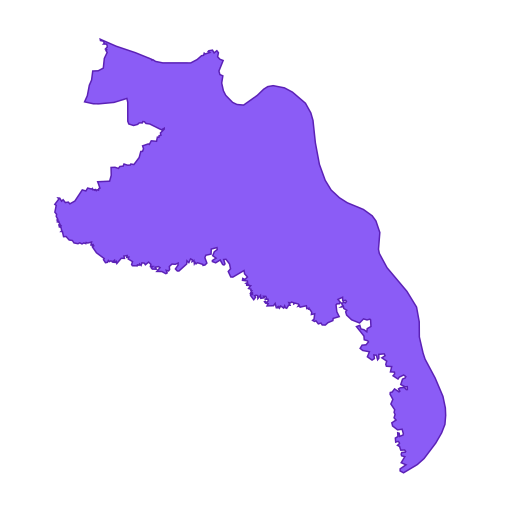 outline of Mueang Nong Khai, Nong Khai, Thailand, rotated 96°
{"feature_id": "78962969B49336844859905", "entity_name": "Mueang Nong Khai", "entity_type": "district", "adm_level": 2, "iso_a3": "THA", "parent_name": "Thailand", "parent_adm1": "Nong Khai", "projection": "robinson", "projection_center": [102.827, 17.845], "detail": "fine", "context": "isolated", "style": "filled", "palette": "violet", "viewbox_px": 512, "rotation_deg": 96, "n_neighbors": 0, "source": "geoboundaries", "source_scale": "gbopen_adm2", "svg_char_len": 6060}
<svg xmlns="http://www.w3.org/2000/svg" viewBox="0 0 512 512"><g transform="rotate(96 256 256)"><path d="M456.2,86.6L446.5,73.7L439.9,67.7L423.3,57.7L412.5,52.9L403.7,50.5L394.7,50.7L387.3,51.8L376.1,55.4L358.6,65.1L340.9,77.1L335.1,79.7L319.4,85.1L304.3,86.8L290.0,91.0L275.4,102.2L253.9,124.5L240.6,133.6L236.5,134.9L219.7,135.3L208.6,140.4L203.9,144.6L198.5,154.0L193.5,170.8L189.3,179.2L182.5,188.2L173.5,195.1L158.3,202.5L137.2,208.8L115.2,213.5L108.0,216.4L98.9,222.8L89.2,236.9L85.8,245.3L84.8,256.7L86.3,262.0L89.3,265.8L96.1,271.5L107.2,284.1L107.3,290.8L105.7,295.3L99.4,302.9L95.1,305.7L87.6,308.2L80.3,307.8L79.3,310.9L75.9,312.2L65.0,309.1L64.1,312.5L61.9,315.0L57.8,314.6L55.9,316.4L58.4,318.9L55.8,320.8L56.8,324.4L57.7,325.0L58.5,323.3L60.4,327.7L59.7,328.7L61.9,329.1L62.5,331.1L66.8,335.1L70.8,341.1L73.7,368.8L73.0,376.2L71.5,379.2L72.1,379.9L71.2,380.6L66.4,397.2L62.0,416.9L56.7,433.6L58.0,433.2L58.3,430.2L60.2,429.1L61.1,429.8L60.9,426.7L62.4,426.0L63.8,425.8L65.9,427.4L66.6,426.0L67.4,426.7L69.1,425.3L75.3,427.5L85.1,427.5L88.3,432.3L89.1,437.7L98.2,437.9L103.5,439.6L114.2,440.5L120.6,442.6L121.6,433.7L121.1,428.2L118.1,413.3L112.8,400.9L116.6,399.6L135.4,397.6L138.0,396.3L139.0,391.4L137.5,387.5L135.8,386.0L135.5,383.0L134.1,382.6L134.1,381.0L135.7,379.3L135.8,375.5L140.4,363.2L138.5,360.6L139.4,360.5L143.6,363.9L145.9,363.2L146.4,364.9L148.1,365.0L148.1,366.5L152.3,366.9L152.4,372.2L156.2,373.8L155.8,374.9L158.3,380.3L161.1,379.1L163.8,379.8L164.1,381.5L170.3,382.5L177.8,387.0L177.6,390.1L178.8,390.7L179.1,393.4L178.3,396.9L180.5,397.5L181.2,400.7L183.3,402.0L182.5,405.5L183.1,409.4L190.9,408.4L196.9,409.4L198.7,421.2L204.8,418.3L205.3,419.3L207.0,419.5L206.7,420.8L207.7,421.7L206.7,422.4L207.9,423.7L206.9,423.3L207.2,425.2L205.9,425.7L206.6,426.7L206.0,430.5L209.1,432.0L208.4,435.7L220.3,441.9L223.6,446.6L222.0,448.3L222.8,451.2L220.2,453.7L221.8,455.1L219.0,457.2L219.0,458.9L219.9,458.0L225.7,461.5L226.5,460.0L233.5,460.6L235.3,458.7L237.5,458.8L240.2,456.9L241.0,457.7L242.0,456.0L242.8,457.0L243.2,455.4L244.8,454.4L245.5,455.3L246.7,455.0L246.8,453.8L245.8,453.6L246.4,452.9L247.7,454.2L248.1,452.9L251.3,451.8L252.0,452.4L251.9,451.1L256.9,449.4L256.5,446.9L259.6,443.5L259.8,440.2L262.0,438.4L262.4,434.3L261.3,432.7L262.2,430.3L261.0,428.6L261.5,426.5L260.3,426.3L260.7,424.7L259.3,421.0L262.2,421.3L261.4,418.6L262.5,420.2L263.0,418.6L264.0,419.7L269.5,415.0L274.4,406.7L275.6,407.3L278.4,405.0L277.8,403.0L275.9,402.4L276.9,401.2L276.1,400.1L276.4,397.7L274.9,396.2L276.3,395.7L277.1,396.9L277.1,394.9L276.1,394.3L278.0,393.6L272.4,389.8L272.1,386.6L269.9,387.4L269.0,384.2L270.9,384.4L270.4,382.4L272.3,382.8L274.5,378.2L277.5,378.8L278.6,377.9L278.2,373.1L277.2,373.0L277.4,371.3L276.1,371.0L277.4,369.3L274.7,368.7L274.8,366.3L276.3,365.1L273.3,362.2L275.2,359.7L277.4,359.9L277.2,357.6L278.7,359.0L279.9,357.7L279.5,353.7L277.7,355.1L276.7,352.0L277.6,350.2L281.7,353.0L281.3,348.0L283.0,343.8L282.1,342.6L279.6,343.8L280.0,341.4L278.5,340.5L275.5,341.1L272.8,338.7L272.7,335.4L271.2,332.7L273.4,332.6L277.3,334.8L279.1,332.7L279.0,331.1L271.2,324.1L268.0,324.2L269.6,322.1L265.7,320.8L266.4,319.0L268.3,319.0L266.9,317.3L270.2,316.5L268.8,315.9L270.1,314.8L268.8,313.5L269.9,308.1L270.9,307.7L270.3,305.8L268.2,304.1L263.0,306.7L260.5,306.0L258.8,300.9L253.8,301.2L251.7,295.7L253.6,295.2L256.1,297.9L260.2,299.1L262.3,295.5L265.0,298.9L266.1,298.8L267.0,295.4L263.7,291.2L267.9,288.3L268.3,286.9L267.1,286.0L262.9,287.8L262.4,285.5L266.7,281.5L271.4,280.0L274.3,282.0L279.5,278.9L279.4,276.8L271.7,266.4L274.9,265.5L277.8,262.3L280.4,264.5L279.7,266.8L281.6,266.9L281.8,261.9L283.3,261.6L284.2,263.1L285.2,259.8L285.4,262.3L286.1,262.2L286.1,258.2L289.1,260.0L289.6,257.5L290.9,257.5L291.0,256.5L293.4,257.5L293.0,255.7L294.7,255.4L294.7,257.4L295.8,257.3L299.7,253.7L297.0,252.1L295.6,253.2L295.0,251.9L295.2,250.2L298.1,249.7L294.7,247.4L297.6,246.8L296.7,243.3L295.3,244.4L295.1,242.0L297.0,241.0L298.0,241.8L297.8,239.5L299.3,239.2L301.3,240.4L300.0,242.0L300.5,242.8L301.9,241.5L302.1,238.9L304.5,239.8L303.6,233.4L301.2,232.0L305.4,230.4L305.2,228.6L304.2,229.0L303.7,228.1L305.3,227.2L303.1,226.2L304.9,223.1L302.6,222.3L304.4,221.4L304.8,220.0L301.5,218.4L301.4,217.0L298.9,218.5L299.0,216.7L298.1,215.9L298.6,213.4L299.7,213.4L298.8,212.1L299.3,208.9L300.1,208.1L301.6,208.9L301.1,207.6L302.3,206.8L300.2,200.7L303.0,200.0L302.4,197.9L303.4,198.0L303.5,196.8L306.1,194.7L308.4,194.8L307.3,191.6L312.7,191.7L314.1,193.0L315.0,190.9L314.2,189.6L317.0,186.9L315.9,184.4L317.7,182.9L317.4,179.8L314.8,177.5L312.2,172.8L310.0,172.7L307.6,166.9L303.0,169.8L296.3,171.3L295.1,170.4L294.8,168.2L293.0,167.5L290.6,170.0L288.0,165.6L291.4,165.1L290.7,162.2L291.7,161.3L293.3,162.1L292.7,164.2L293.8,164.9L293.8,166.5L296.2,164.3L297.8,166.1L297.3,163.7L299.0,163.2L300.5,160.0L302.2,161.0L305.3,159.7L309.5,154.2L311.8,146.0L307.3,142.5L308.0,138.9L306.9,136.2L307.4,135.4L314.1,134.3L316.6,137.8L319.8,137.9L318.0,140.9L317.6,144.0L314.1,145.5L315.7,148.7L324.3,140.3L328.0,139.6L328.6,136.1L329.7,135.2L332.8,137.3L333.6,141.2L337.0,142.8L338.8,140.0L339.4,133.2L344.6,134.7L347.4,129.7L345.6,127.5L342.1,128.4L342.1,125.9L346.5,124.2L344.8,123.1L341.0,123.6L339.9,118.3L341.7,117.2L344.1,120.2L346.9,115.0L350.2,115.6L352.0,114.8L351.8,109.5L357.2,110.2L357.0,106.2L358.8,105.8L360.8,107.2L363.5,101.9L361.5,100.8L358.9,96.7L360.3,94.4L361.6,94.8L363.1,97.4L368.7,98.6L370.5,94.2L370.1,91.9L373.0,91.5L373.2,92.5L371.2,94.8L372.0,98.8L373.3,100.4L375.4,98.8L376.2,99.6L373.7,104.3L377.1,106.4L377.7,108.2L379.5,108.2L384.3,104.9L389.1,106.4L394.4,102.0L397.1,102.3L399.1,101.1L402.5,101.8L404.5,99.6L407.7,103.5L410.8,102.4L414.1,97.0L413.0,92.6L417.3,90.9L418.7,91.1L420.4,94.3L417.3,95.1L417.0,96.6L420.7,96.0L422.5,98.4L426.5,97.6L425.5,95.3L426.5,94.0L427.5,93.7L429.5,95.5L430.4,93.3L434.0,91.7L433.4,87.9L434.7,86.7L435.5,87.0L436.2,90.5L437.9,90.9L439.5,90.3L440.0,87.0L446.4,90.0L448.0,85.0L452.6,90.4L454.7,90.2L456.2,86.6Z" fill="#8b5cf6" stroke="#5b21b6" stroke-width="1.5"/></g></svg>